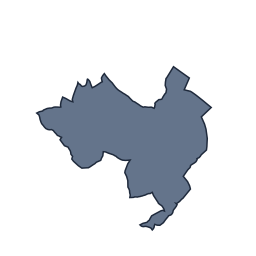 the district of Isu, Imo, Nigeria, rotated 122°
{"feature_id": "59680162B73807077480910", "entity_name": "Isu", "entity_type": "district", "adm_level": 2, "iso_a3": "NGA", "parent_name": "Nigeria", "parent_adm1": "Imo", "projection": "albers", "projection_center": [7.061, 5.682], "detail": "fine", "context": "isolated", "style": "filled", "palette": "slate", "viewbox_px": 256, "rotation_deg": 122, "n_neighbors": 0, "source": "geoboundaries", "source_scale": "gbopen_adm2", "svg_char_len": 3560}
<svg xmlns="http://www.w3.org/2000/svg" viewBox="0 0 256 256"><g transform="rotate(122 128 128)"><path d="M201.6,53.4L200.0,53.1L198.3,53.3L196.9,53.9L195.5,54.2L195.0,51.9L193.6,49.4L189.5,47.8L187.5,47.7L186.1,47.6L184.4,47.4L183.7,47.3L182.2,47.1L180.9,47.1L179.7,46.1L178.6,45.4L177.5,45.2L176.4,45.2L175.4,45.4L174.5,45.8L173.3,46.0L170.8,45.7L168.7,45.6L166.9,45.8L166.5,47.3L166.3,46.7L164.6,46.0L162.9,45.3L160.1,44.8L158.6,44.2L146.7,42.7L144.4,45.1L141.9,49.1L139.7,55.5L134.7,55.3L131.5,55.1L129.1,54.5L127.9,54.5L127.1,55.0L125.9,54.9L122.7,53.3L120.9,52.6L119.6,52.5L118.0,52.7L117.4,53.3L115.4,52.0L113.7,51.7L111.9,51.7L105.1,49.8L101.9,51.3L98.0,53.5L94.9,55.2L87.7,61.2L84.1,65.2L79.7,71.7L66.5,68.3L65.0,79.5L64.1,87.7L63.8,92.3L63.8,94.5L65.3,99.0L65.8,100.6L53.1,102.5L52.7,109.2L52.4,114.3L51.9,121.9L64.9,121.8L65.8,122.0L69.2,120.6L72.2,119.0L74.6,115.9L78.0,114.5L79.9,114.8L83.1,114.8L85.5,114.6L85.9,114.8L86.7,115.7L87.6,116.9L91.6,118.2L92.7,118.3L93.3,118.0L93.5,117.5L94.4,117.2L94.9,117.0L95.6,116.8L96.2,116.4L96.8,116.4L97.5,116.3L97.6,117.1L97.7,118.0L97.8,118.8L98.1,119.5L98.9,120.6L99.7,121.8L101.1,124.9L102.3,126.2L102.6,129.1L102.4,131.7L102.4,133.7L102.3,135.8L102.7,138.3L102.4,139.4L101.8,142.0L101.1,144.4L101.1,145.5L101.1,146.5L101.0,148.0L101.1,150.6L101.0,152.9L101.0,153.9L101.0,154.9L101.0,155.3L100.9,156.6L100.6,158.3L99.9,160.7L98.9,163.3L98.1,165.3L97.2,169.5L95.5,174.4L94.4,176.9L95.9,177.1L97.3,177.2L99.0,177.1L99.7,177.0L101.3,175.6L102.4,174.3L103.3,174.9L107.1,176.6L110.3,178.1L112.8,179.7L112.0,180.9L110.3,183.2L108.8,185.0L108.1,186.9L107.9,188.1L108.2,188.3L109.6,187.8L110.8,187.2L112.0,186.9L112.9,186.6L113.9,186.5L115.5,187.1L117.0,188.8L117.0,190.0L116.6,191.0L116.4,191.9L116.6,192.6L116.3,193.7L115.9,194.6L118.4,193.7L121.9,193.2L129.2,191.6L133.3,190.4L135.0,188.7L135.3,189.7L135.6,190.7L135.7,191.4L135.8,192.9L135.9,195.8L136.0,197.1L136.2,198.2L136.4,199.8L141.3,198.7L144.3,197.4L145.8,196.1L146.6,197.0L147.2,198.1L148.5,200.4L149.5,201.8L151.6,203.4L152.8,205.2L154.3,206.9L157.6,209.2L158.8,209.4L161.2,211.8L163.7,213.3L164.0,211.3L164.2,210.3L165.6,208.7L167.4,207.0L169.2,204.8L170.1,203.4L170.9,200.9L171.5,199.4L172.0,197.3L171.7,195.0L170.9,193.3L169.9,192.1L169.7,190.1L170.5,187.9L170.9,186.2L171.7,183.9L171.4,182.8L171.4,181.2L171.1,179.4L174.0,179.4L175.7,175.1L176.7,172.5L176.0,168.7L177.0,166.9L177.8,165.1L178.9,163.8L180.5,162.5L181.4,160.0L184.1,159.2L185.1,156.6L186.3,150.1L186.5,145.9L183.7,142.0L182.8,140.6L181.2,139.7L177.8,138.2L175.8,137.2L173.8,136.7L169.9,134.0L167.4,134.5L165.0,134.6L161.2,136.4L160.2,134.4L159.7,131.3L158.5,126.3L158.5,124.4L158.3,123.1L158.6,121.9L158.7,120.5L158.6,117.8L158.2,115.7L156.8,112.9L155.5,111.1L154.0,109.2L155.9,109.2L158.6,109.2L161.6,108.6L165.7,107.8L167.6,107.0L169.8,103.5L172.7,100.3L178.2,96.7L179.0,95.2L180.1,93.7L182.1,92.2L183.6,90.6L186.0,89.6L184.8,87.8L183.7,86.3L182.9,85.9L181.4,83.2L180.5,82.5L179.9,81.6L178.8,80.7L178.2,80.0L177.0,79.1L176.1,78.2L175.2,77.5L174.2,77.0L173.5,76.4L172.9,76.0L172.6,75.5L172.2,75.0L171.7,74.3L170.5,73.8L169.7,73.4L170.1,72.7L170.7,72.0L171.2,71.3L171.7,70.6L171.9,70.2L174.6,64.4L175.0,63.4L175.7,62.4L175.9,61.3L176.0,60.1L176.0,58.8L176.2,57.6L177.0,55.9L177.9,54.3L179.1,53.1L179.4,54.9L180.8,56.2L187.4,60.0L190.0,61.4L192.9,61.3L194.9,61.1L196.1,61.6L197.8,61.9L199.4,63.3L200.9,64.8L203.8,66.5L204.1,65.0L204.0,63.9L203.5,62.7L202.8,61.9L202.0,60.8L201.5,59.5L201.0,57.5L200.7,55.6L201.6,53.4Z" fill="#64748b" stroke="#1e293b" stroke-width="1.5"/></g></svg>